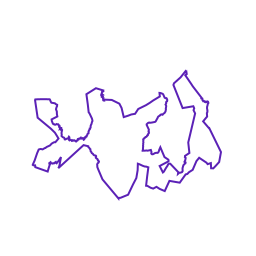 San Pedro y San Pablo Tequixtepec, Oaxaca, Mexico (Equal Earth projection), rotated 16°
{"feature_id": "50627088B39649536593692", "entity_name": "San Pedro y San Pablo Tequixtepec", "entity_type": "district", "adm_level": 2, "iso_a3": "MEX", "parent_name": "Mexico", "parent_adm1": "Oaxaca", "projection": "equal_earth", "projection_center": [-97.719, 18.101], "detail": "fine", "context": "isolated", "style": "outline", "palette": "violet", "viewbox_px": 256, "rotation_deg": 16, "n_neighbors": 0, "source": "geoboundaries", "source_scale": "gbopen_adm2", "svg_char_len": 5775}
<svg xmlns="http://www.w3.org/2000/svg" viewBox="0 0 256 256"><g transform="rotate(16 128 128)"><path d="M180.7,178.5L182.4,167.4L192.8,166.3L196.2,156.7L197.6,155.9L198.0,155.3L198.7,153.8L201.7,150.4L202.9,141.0L204.6,137.0L213.0,139.7L214.5,140.8L217.3,138.9L219.0,143.8L221.1,143.3L222.7,140.3L225.0,135.6L224.0,125.5L205.5,105.0L205.8,105.8L198.4,100.9L200.0,97.2L200.9,95.2L199.7,91.9L199.9,91.1L199.7,89.8L199.5,89.6L199.4,88.9L198.7,87.7L198.2,86.0L198.2,84.3L198.1,83.3L198.1,82.7L198.4,81.8L197.7,80.7L197.2,80.5L196.4,80.9L196.2,81.5L195.8,81.8L194.9,81.3L194.5,81.7L193.7,81.1L193.4,81.0L192.9,81.5L191.9,80.7L191.4,79.3L190.3,79.3L190.2,78.8L190.3,78.6L178.8,70.1L176.5,68.1L168.5,61.5L169.6,60.0L168.9,58.5L168.8,58.9L167.6,57.6L164.6,64.8L159.9,72.3L159.8,74.1L175.0,93.8L184.8,89.1L186.2,90.8L186.1,92.8L188.5,95.5L189.9,125.3L193.9,135.1L190.5,139.1L190.7,139.9L190.7,140.3L191.7,140.9L191.9,143.2L191.6,145.0L192.0,145.2L192.8,145.2L192.9,145.4L192.9,146.2L192.4,146.6L192.0,147.6L191.5,148.5L191.5,151.6L192.0,153.2L192.4,154.4L192.1,155.5L190.9,156.4L189.9,156.7L189.4,157.2L188.7,158.3L188.5,156.6L178.5,150.7L177.4,150.9L176.6,151.8L176.4,153.2L175.4,156.4L174.5,160.1L173.8,161.1L168.9,155.8L176.1,148.9L175.9,147.9L175.5,147.3L171.1,145.9L164.4,137.6L164.0,140.5L164.1,141.3L163.9,142.8L163.4,143.7L162.8,143.9L162.1,144.0L160.8,144.7L160.4,145.2L159.1,146.4L158.8,146.5L158.2,146.6L157.8,146.4L157.4,146.1L157.2,144.6L156.0,142.8L155.4,143.1L154.7,143.6L154.2,143.8L153.1,144.4L152.0,144.5L150.8,145.0L148.3,145.8L148.2,145.4L148.3,144.9L148.3,144.4L148.0,143.4L147.9,143.2L147.8,142.3L147.7,142.1L147.7,141.7L147.3,140.8L147.2,139.7L146.8,138.6L146.8,137.6L146.2,136.3L146.2,135.6L146.1,135.3L145.8,134.9L145.7,134.7L145.8,134.5L146.1,134.4L146.4,133.3L146.5,133.1L146.8,133.0L146.9,132.9L147.3,131.8L148.0,131.5L148.4,130.8L148.4,130.1L148.7,130.0L149.1,129.4L148.9,128.6L149.1,128.1L149.1,127.9L149.4,127.5L149.5,126.9L149.2,126.6L149.1,126.3L149.1,125.9L148.6,125.5L148.6,124.4L148.5,123.8L145.1,119.9L144.9,119.3L145.8,117.7L146.8,116.9L147.5,117.0L149.4,116.2L152.3,114.7L152.8,114.0L153.0,113.1L153.3,111.6L153.6,110.7L153.7,109.4L154.0,108.6L155.4,107.0L155.4,106.6L155.8,106.1L156.2,106.0L156.4,105.7L156.9,105.6L157.6,105.7L158.1,104.5L158.6,103.9L158.9,103.7L159.5,101.8L159.3,99.5L159.0,99.1L159.0,98.6L158.9,98.4L158.8,96.9L158.5,96.0L157.6,95.1L157.8,94.4L157.9,93.5L157.5,92.7L157.7,92.1L158.2,91.5L158.2,90.9L157.9,90.2L157.8,89.8L156.9,88.8L156.7,88.7L156.1,89.0L154.9,88.8L152.5,85.9L151.8,85.6L149.7,85.4L148.6,85.6L149.9,88.9L144.6,94.6L142.0,97.8L139.0,101.1L132.6,106.9L130.9,112.4L127.4,114.1L124.8,116.1L120.9,118.7L116.3,110.5L113.0,107.0L104.7,105.5L97.2,107.3L97.5,108.1L97.1,108.1L96.8,108.3L96.5,108.1L96.5,107.9L96.5,107.4L96.3,107.1L96.2,106.5L95.9,106.7L95.2,105.3L95.2,104.8L94.4,105.4L94.1,105.3L94.1,104.3L93.5,104.1L93.2,103.9L93.2,103.5L93.3,103.3L93.9,102.9L93.1,102.7L93.3,101.7L93.1,100.9L93.1,100.4L93.5,100.2L93.9,99.8L93.3,99.5L93.2,99.2L93.9,98.9L93.9,98.7L86.2,98.6L78.7,107.0L82.8,116.3L85.9,123.8L86.9,124.5L90.7,128.8L91.7,130.5L91.9,131.2L91.7,132.2L91.8,134.3L91.6,134.9L91.5,136.5L91.9,137.5L91.7,139.4L91.4,139.4L91.5,139.9L91.1,141.2L91.2,141.8L91.0,142.2L91.4,143.5L91.5,144.0L91.0,144.4L90.7,145.0L90.8,145.8L90.4,146.7L90.6,147.3L90.5,147.7L89.8,147.9L89.5,148.3L89.7,148.8L89.1,149.1L88.7,149.5L88.8,150.0L89.2,150.2L89.0,151.1L88.6,151.5L87.4,150.3L87.1,150.3L86.6,150.3L86.4,150.5L86.2,151.0L85.3,151.3L85.0,151.2L84.9,150.8L84.1,151.9L83.5,151.9L83.3,152.1L83.4,152.7L82.8,152.7L82.8,154.0L82.2,154.3L82.0,155.2L81.6,155.3L80.8,154.8L80.2,154.9L79.7,154.6L78.9,154.9L78.6,155.4L78.0,155.2L77.9,155.7L77.5,155.9L76.5,155.2L76.0,155.1L75.7,155.2L75.1,156.0L74.6,155.7L74.4,154.0L74.2,153.1L73.6,152.7L73.3,154.3L73.2,154.8L72.3,155.0L70.7,156.4L70.3,156.4L69.6,155.2L69.1,154.9L67.8,154.8L66.3,154.0L66.1,152.5L65.7,151.8L65.4,150.8L65.2,148.1L64.9,147.8L64.3,148.4L64.0,148.2L63.9,146.8L63.8,146.4L63.5,146.5L63.2,146.7L62.7,147.4L62.6,146.4L62.5,146.1L62.2,146.0L61.4,145.9L61.3,145.4L61.6,144.9L61.5,144.6L60.4,144.2L59.9,143.7L59.2,144.0L58.4,143.8L57.5,144.7L56.9,145.0L56.1,144.7L55.6,144.9L55.1,144.8L54.5,144.4L52.8,142.2L52.2,140.8L56.9,136.4L55.8,134.2L55.5,133.2L55.0,131.7L53.7,130.0L53.7,129.5L53.5,128.9L53.6,128.4L53.6,127.4L53.8,126.6L53.5,125.2L52.1,125.0L50.9,124.4L47.4,124.8L46.6,124.1L46.4,123.8L46.0,123.4L45.2,122.3L44.8,122.0L39.8,123.3L33.5,125.2L31.0,126.1L31.0,126.9L38.3,143.0L54.0,149.9L59.0,152.6L62.1,155.4L64.1,157.3L62.1,161.7L61.0,162.0L59.9,163.0L58.9,164.1L57.8,166.3L55.1,168.6L54.5,169.4L54.1,170.0L53.6,170.2L51.8,172.1L50.0,172.2L49.3,172.5L48.1,173.3L47.6,177.2L47.2,185.0L46.7,188.6L46.6,189.7L47.0,189.9L47.8,189.9L49.0,189.5L49.7,191.2L62.8,192.0L62.8,188.0L62.9,185.1L62.0,183.5L62.6,182.7L63.0,183.4L63.2,183.5L63.4,182.6L63.8,183.0L65.3,183.0L65.7,182.5L66.5,182.5L67.0,182.1L67.0,181.7L67.9,180.6L68.4,181.3L69.1,181.6L70.3,178.8L71.6,174.4L72.4,182.5L72.4,184.2L72.1,185.8L90.0,156.7L94.8,156.5L95.0,157.0L95.3,157.4L96.2,157.7L97.2,158.7L97.6,158.7L98.6,160.8L99.4,161.2L100.1,162.1L101.4,162.5L101.9,163.0L102.5,163.4L103.5,163.6L104.4,163.4L104.7,163.5L104.9,163.6L105.1,163.8L105.2,164.1L105.2,165.4L105.6,165.7L106.3,166.0L107.1,166.2L107.7,166.9L108.0,167.5L108.5,167.5L109.3,168.2L109.4,168.5L109.2,168.9L109.1,169.7L108.6,170.2L108.4,171.1L108.4,171.6L109.0,173.0L109.1,173.5L109.2,173.9L110.8,176.0L117.6,184.4L138.3,198.4L138.2,197.8L138.4,197.7L140.0,197.2L146.5,192.1L148.4,180.8L149.8,173.8L148.9,165.9L147.3,159.6L149.0,159.7L152.7,160.3L154.7,160.4L156.1,160.1L158.4,160.2L159.7,168.9L161.3,178.5L162.7,178.3L166.2,179.2L168.9,179.3L171.6,176.7L175.2,177.8L180.7,178.5Z" fill="none" stroke="#5b21b6" stroke-width="2"/></g></svg>